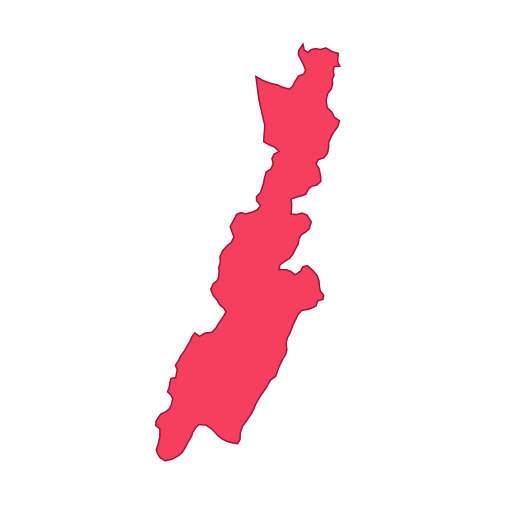 outline of Ubatã, Bahia, Brazil, rotated 9°
{"feature_id": "56859067B37189660907129", "entity_name": "Ubatã", "entity_type": "district", "adm_level": 2, "iso_a3": "BRA", "parent_name": "Brazil", "parent_adm1": "Bahia", "projection": "albers", "projection_center": [-39.521, -14.086], "detail": "fine", "context": "isolated", "style": "filled", "palette": "rose", "viewbox_px": 512, "rotation_deg": 9, "n_neighbors": 0, "source": "geoboundaries", "source_scale": "gbopen_adm2", "svg_char_len": 2735}
<svg xmlns="http://www.w3.org/2000/svg" viewBox="0 0 512 512"><g transform="rotate(9 256 256)"><path d="M183.5,439.1L188.1,441.7L189.3,449.2L188.8,457.4L187.8,463.1L189.9,466.9L193.0,470.4L198.3,472.5L205.1,469.7L210.7,465.3L213.9,461.5L216.1,456.3L218.0,450.3L220.5,444.1L221.1,439.9L223.3,435.0L225.8,431.5L233.1,430.8L239.3,433.8L243.1,436.6L246.6,439.5L251.7,442.2L256.9,443.7L261.8,444.2L267.2,444.3L268.9,439.7L268.2,433.1L269.3,426.2L272.9,419.4L276.2,412.2L277.9,407.1L278.7,402.8L280.4,398.2L282.8,392.3L286.2,385.6L288.1,380.5L290.0,376.0L294.2,371.8L296.0,362.1L298.4,354.1L300.5,349.1L301.2,344.2L299.4,337.1L299.8,331.8L301.8,326.3L303.3,318.3L305.3,311.9L306.8,306.9L309.8,302.5L316.8,300.2L323.0,296.1L324.0,290.5L328.9,288.4L328.9,284.2L324.9,280.4L323.4,276.2L322.2,270.9L319.6,266.0L315.1,261.9L308.3,257.5L304.0,259.2L302.4,263.9L297.5,268.4L292.4,265.6L288.3,264.9L280.6,265.8L281.1,261.0L285.1,256.8L289.4,253.3L292.0,248.8L293.4,244.2L295.8,237.6L295.8,232.3L297.5,227.8L301.0,224.8L304.2,221.2L305.3,213.7L299.9,207.6L295.0,206.4L289.4,208.7L284.1,209.1L283.6,203.0L283.0,198.4L281.7,194.3L286.0,191.9L290.9,189.7L295.4,187.3L297.4,181.6L300.1,178.4L305.0,176.4L308.4,172.0L307.0,165.9L304.4,159.5L300.8,155.7L302.3,151.2L307.9,148.2L310.5,143.2L310.8,137.2L310.0,132.6L311.5,126.6L313.5,121.1L316.5,115.6L317.3,109.4L311.7,106.8L308.5,102.1L303.1,98.2L301.0,91.5L301.2,84.9L304.0,79.8L304.8,73.9L303.6,69.6L304.8,65.5L303.4,60.9L303.6,56.7L309.1,55.5L306.4,51.6L305.7,47.2L305.7,43.0L299.7,42.3L292.4,39.6L287.1,42.0L282.1,41.9L277.9,43.7L275.3,46.8L271.4,45.1L269.3,39.5L266.1,46.1L266.3,50.5L269.2,54.4L272.8,59.3L275.9,64.8L274.7,68.8L269.9,71.6L267.4,77.1L265.5,82.9L262.8,86.0L258.6,85.5L254.5,84.9L250.6,83.7L244.6,83.3L239.7,82.5L234.8,81.4L227.8,78.7L234.4,101.0L242.1,120.4L244.3,125.5L244.7,130.3L245.1,135.8L245.7,142.0L251.3,144.0L257.5,145.6L262.5,149.1L257.9,152.6L256.5,157.3L258.6,162.3L257.1,167.7L253.0,171.2L252.2,177.5L252.0,183.7L250.5,192.6L247.2,197.2L247.9,201.4L252.6,205.4L250.0,210.2L245.6,213.1L239.3,216.0L234.4,215.5L230.4,217.8L228.4,223.9L225.9,230.8L228.2,235.3L231.2,240.5L229.5,246.6L226.3,249.8L222.2,256.1L220.5,262.3L221.8,267.8L221.0,273.2L222.0,277.5L222.4,282.2L221.4,286.6L218.2,289.9L216.5,296.0L220.0,301.8L224.6,305.7L227.8,309.9L232.1,312.4L235.1,315.9L232.7,322.1L229.6,328.5L227.8,333.3L224.4,338.2L217.7,340.1L212.8,344.2L207.6,341.5L205.4,345.7L204.3,350.1L202.1,355.7L200.2,360.9L197.2,366.7L195.7,371.9L193.5,376.6L196.0,380.6L195.7,388.8L191.0,390.3L190.8,394.7L190.8,399.3L189.9,404.0L193.6,406.6L196.0,409.9L195.7,415.7L194.5,420.3L191.2,423.9L186.6,427.1L184.6,431.3L183.1,435.1L183.5,439.1Z" fill="#f43f5e" stroke="#9f1239" stroke-width="1.5"/></g></svg>